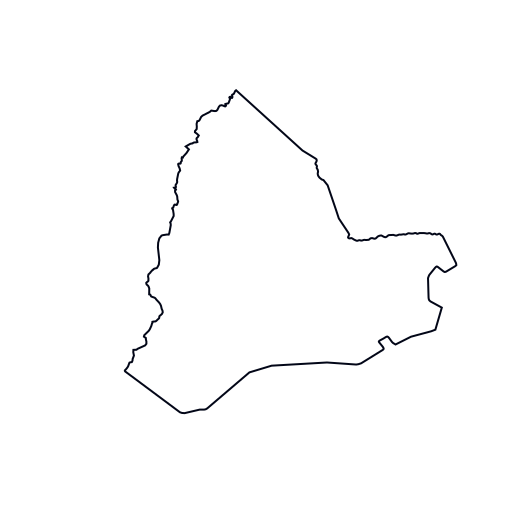 the Prefecture of Salamat, rotated 150°
{"feature_id": "TCD-1489", "entity_name": "Salamat", "entity_type": "Prefecture", "adm_level": 1, "iso_a3": "TCD", "parent_name": "Chad", "parent_adm1": "", "projection": "mercator", "projection_center": [20.31, 10.611], "detail": "fine", "context": "isolated", "style": "outline", "palette": "ink", "viewbox_px": 512, "rotation_deg": 150, "n_neighbors": 0, "source": "natural_earth", "source_scale": "10m", "svg_char_len": 5339}
<svg xmlns="http://www.w3.org/2000/svg" viewBox="0 0 512 512"><g transform="rotate(150 256 256)"><path d="M427.5,222.3L427.1,222.4L425.0,223.0L423.0,223.8L421.8,224.5L419.9,226.1L418.9,226.9L418.1,226.8L416.6,226.2L415.3,227.1L414.3,228.5L411.5,230.8L410.4,234.0L409.1,236.0L406.4,234.6L404.8,234.8L396.7,234.0L394.8,234.8L393.7,236.7L393.1,238.7L392.4,240.1L393.4,242.2L392.3,243.3L386.4,244.8L384.7,245.6L381.7,247.7L379.5,249.8L379.1,249.9L378.6,250.8L377.6,250.5L375.7,249.6L374.6,249.7L372.8,250.2L372.0,250.3L371.0,250.6L370.4,251.3L369.9,252.0L369.4,252.3L367.9,252.5L366.3,252.9L364.9,253.9L364.3,255.4L364.1,257.4L363.2,260.3L363.0,262.2L363.2,264.2L364.1,268.0L364.3,269.7L364.7,270.6L366.4,272.6L367.0,273.4L367.0,274.1L366.9,274.8L366.9,275.4L367.7,276.2L364.7,281.2L364.3,283.3L364.4,284.4L364.9,285.8L364.9,286.6L364.5,287.6L363.6,287.9L362.4,288.0L361.6,288.3L360.4,290.3L359.7,292.3L358.4,293.8L355.9,294.4L355.4,294.7L352.3,295.7L351.9,295.5L350.9,295.9L349.7,295.7L348.5,295.3L347.6,295.2L344.5,297.1L341.8,300.7L336.7,312.4L334.1,316.4L330.9,319.6L327.6,320.9L326.2,320.6L322.3,319.1L320.9,318.2L319.5,319.3L314.5,325.2L313.8,326.5L313.5,328.1L312.7,328.3L307.3,331.8L306.3,333.6L304.9,337.2L304.8,337.5L304.9,338.9L304.7,339.3L304.4,339.3L303.9,339.2L303.5,339.3L302.3,340.4L301.6,340.9L300.9,341.2L300.5,341.1L299.6,340.1L299.2,339.9L298.6,340.0L298.4,340.2L298.3,340.5L298.1,340.6L297.6,340.9L297.0,341.4L296.4,341.9L296.1,342.3L295.8,344.2L294.5,346.9L294.2,348.4L294.1,351.7L293.5,353.0L292.1,353.5L292.1,354.1L292.5,354.5L292.7,354.9L292.8,356.1L291.3,355.5L290.8,355.8L290.6,356.7L290.2,357.6L288.0,358.8L287.2,359.5L286.8,360.6L285.9,362.0L282.2,366.2L281.2,367.0L279.0,367.9L278.3,370.1L278.1,372.6L277.5,374.5L276.9,374.7L276.3,374.4L276.2,374.4L275.6,374.0L275.2,373.8L274.8,374.0L274.2,374.9L273.8,375.1L272.7,375.5L272.1,376.5L271.7,377.6L270.9,378.5L270.1,377.8L269.2,378.5L264.8,379.9L260.8,381.9L262.1,386.0L257.1,386.0L256.4,385.9L254.8,385.3L254.7,385.4L252.9,385.3L250.7,384.2L249.8,384.0L249.4,385.0L249.3,386.2L249.0,387.2L248.3,387.8L247.1,388.0L245.3,389.0L246.0,391.4L247.0,393.7L246.4,394.7L243.9,395.6L242.6,397.6L241.4,400.1L239.4,402.1L238.2,401.6L237.2,401.8L236.3,402.3L234.4,403.6L233.9,403.9L232.0,404.3L224.0,403.9L222.0,404.3L219.8,402.5L218.7,401.8L217.7,401.5L216.3,401.9L213.5,403.8L212.0,404.3L210.4,403.8L209.2,402.6L208.4,401.4L207.7,400.9L206.8,401.2L206.7,401.8L206.8,402.5L206.7,402.9L205.8,402.8L204.5,402.3L203.7,402.1L202.9,402.5L200.0,404.9L199.7,405.5L199.9,406.0L199.9,406.5L199.3,406.9L198.7,406.8L198.4,405.3L197.6,404.9L197.3,405.1L196.9,405.5L196.7,406.0L196.6,406.6L196.3,407.4L195.6,407.6L194.7,407.5L194.0,407.6L191.5,409.3L190.4,409.5L163.0,324.1L155.7,310.6L155.3,309.5L155.5,308.8L155.7,308.3L156.1,307.9L156.4,307.6L158.1,306.6L158.4,306.2L158.5,305.6L158.3,304.6L158.2,303.9L158.3,303.3L158.9,302.6L159.3,302.1L159.5,301.5L159.4,300.6L159.4,299.9L159.9,298.5L160.1,298.0L160.4,297.6L161.1,296.9L161.4,296.4L161.7,295.7L162.0,294.6L162.0,293.5L161.8,292.0L160.8,289.4L159.6,288.0L158.6,281.4L163.7,255.7L165.5,247.1L164.4,229.9L164.5,228.1L165.2,227.5L166.8,226.3L167.0,226.0L167.0,225.5L166.6,224.8L166.1,224.4L165.5,224.2L164.9,224.0L164.4,223.8L164.0,223.3L163.6,222.6L162.9,221.2L161.5,219.2L161.2,218.9L160.8,218.6L160.2,218.4L159.1,218.2L158.2,217.8L158.1,217.7L157.5,217.0L157.1,216.7L156.6,216.5L156.1,216.3L154.9,216.1L154.3,215.9L153.9,215.7L153.5,215.4L153.1,215.1L152.3,214.6L151.8,214.4L150.8,213.9L150.3,213.7L149.8,213.7L149.2,213.8L148.3,214.0L148.0,214.0L147.5,213.9L147.1,213.7L146.6,213.5L146.2,213.2L145.2,212.1L144.9,211.8L144.4,211.6L143.9,211.4L143.3,211.4L142.8,211.5L141.2,211.9L140.6,212.0L139.4,211.9L138.3,211.6L137.8,211.4L137.3,211.2L137.0,210.8L136.7,210.4L135.7,208.7L135.3,208.3L135.0,207.9L134.6,207.6L134.1,207.4L133.5,207.4L132.9,207.4L131.3,207.7L130.8,207.7L130.2,207.5L126.5,205.6L126.2,205.3L125.2,204.2L124.8,203.9L124.4,203.6L123.9,203.4L122.1,203.1L121.5,203.0L121.0,202.8L119.8,202.0L118.2,201.4L117.2,201.0L116.8,200.7L116.5,200.3L116.1,200.0L115.6,199.8L115.1,199.7L113.3,199.6L112.8,199.5L112.3,199.3L110.4,197.8L109.0,197.0L108.5,196.8L106.8,196.4L106.4,196.1L106.0,195.8L105.8,195.3L105.5,194.9L105.2,194.6L104.7,194.4L102.9,194.1L102.5,193.9L98.5,191.5L97.0,190.2L96.6,189.9L95.6,189.5L95.0,189.4L94.5,189.2L94.1,188.9L93.8,188.6L93.5,188.2L93.1,187.2L92.8,186.8L92.5,186.5L92.0,186.3L90.8,186.2L90.3,186.1L89.9,185.8L89.6,185.4L89.4,184.9L89.1,184.5L88.7,184.2L88.2,184.0L86.4,183.8L85.9,183.5L85.6,183.0L85.5,182.1L85.3,181.5L84.8,180.6L84.6,180.0L84.5,179.1L86.3,150.2L86.6,149.0L87.1,147.9L88.4,147.6L99.1,147.4L99.8,147.5L100.7,147.9L101.3,148.9L104.0,155.6L104.6,156.5L105.5,156.6L106.7,156.3L115.3,153.0L116.6,152.1L118.1,150.8L127.3,133.8L127.9,132.4L128.1,131.0L127.6,129.4L120.9,118.4L137.5,102.5L141.9,103.2L162.1,108.6L179.4,109.6L180.8,112.1L181.2,113.5L181.8,118.9L182.1,119.9L182.6,120.6L183.2,120.8L184.1,120.9L186.6,120.8L191.1,120.9L191.8,120.8L192.3,120.6L192.5,120.2L192.5,119.6L191.6,114.0L191.6,112.7L191.7,112.1L192.1,111.6L193.1,111.3L218.6,110.5L221.4,111.1L223.5,111.9L247.8,128.3L297.3,153.2L319.9,158.5L374.5,148.4L376.2,148.4L377.7,148.9L381.5,151.1L396.4,155.6L398.6,157.1L400.0,158.7L427.4,222.3L427.5,222.3L427.5,222.3Z" fill="none" stroke="#020617" stroke-width="2"/></g></svg>